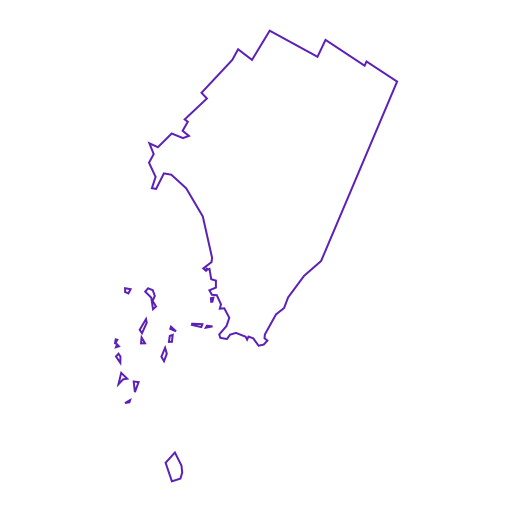 the district of Kien Luong, Kiên Giang, Vietnam
{"feature_id": "81297802B41363610148385", "entity_name": "Kien Luong", "entity_type": "district", "adm_level": 2, "iso_a3": "VNM", "parent_name": "Vietnam", "parent_adm1": "Kiên Giang", "projection": "robinson", "projection_center": [104.552, 10.196], "detail": "medium", "context": "isolated", "style": "outline", "palette": "violet", "viewbox_px": 512, "rotation_deg": 0, "n_neighbors": 0, "source": "geoboundaries", "source_scale": "gbopen_adm2", "svg_char_len": 1932}
<svg xmlns="http://www.w3.org/2000/svg" viewBox="0 0 512 512"><path d="M206.9,98.5L184.7,119.4L187.8,121.8L182.6,130.8L188.9,135.9L183.0,138.1L171.7,133.5L157.9,147.2L149.4,143.3L153.7,154.1L149.0,162.7L155.6,176.9L151.9,188.2L156.1,188.9L163.9,173.4L171.3,174.7L186.2,188.3L202.8,216.5L212.1,257.9L211.5,262.1L203.3,268.4L205.9,270.7L207.0,267.8L206.7,270.0L209.5,268.9L211.2,279.2L215.9,280.6L215.9,287.6L209.4,290.3L211.9,294.8L216.8,295.2L221.0,304.4L219.8,308.7L224.3,308.3L229.3,317.8L226.5,326.0L219.2,334.5L220.4,337.9L227.0,339.0L230.0,334.7L235.9,332.9L245.6,336.7L247.1,339.6L248.5,336.6L253.2,338.3L258.6,345.7L263.7,344.6L267.4,340.6L264.5,338.2L264.9,334.4L276.0,314.4L284.1,308.0L288.1,297.4L304.1,275.8L321.1,261.0L397.1,81.6L366.5,61.5L364.6,65.7L325.5,39.9L317.5,56.8L269.7,30.7L252.0,59.9L238.1,49.3L232.3,59.9L201.5,92.8L206.9,98.5ZM181.5,465.7L174.9,452.5L165.6,462.8L171.9,481.3L180.4,478.6L182.2,472.6L181.5,465.7ZM148.1,288.3L145.2,291.6L151.3,297.7L153.0,309.2L156.0,306.5L152.6,300.9L154.8,296.0L152.8,290.2L148.1,288.3ZM127.2,378.7L121.2,372.9L118.5,384.2L123.2,379.3L127.2,378.7ZM164.0,361.2L166.8,353.7L165.1,347.8L161.4,356.7L164.0,361.2ZM146.7,322.8L146.0,319.1L139.7,329.8L142.0,333.2L146.7,322.8ZM202.4,324.2L192.2,323.7L191.9,324.9L201.3,327.1L202.4,324.2ZM138.6,382.1L133.7,381.5L134.9,392.1L138.6,382.1ZM128.4,293.4L130.6,289.2L125.1,288.2L125.1,292.0L128.4,293.4ZM172.7,334.9L169.8,335.9L168.9,341.9L171.9,341.8L172.7,334.9ZM118.5,353.7L116.0,356.5L120.3,362.8L120.5,356.7L118.5,353.7ZM170.3,328.9L176.0,331.3L171.0,326.7L170.3,328.9ZM141.0,343.4L145.0,343.3L141.6,337.5L141.0,343.4ZM212.5,326.4L206.9,325.7L205.8,327.7L212.5,326.4ZM125.1,403.0L129.4,402.3L130.1,400.1L125.1,403.0ZM213.4,297.7L210.9,298.2L211.2,301.8L212.4,301.7L213.4,297.7ZM117.3,339.8L115.7,339.4L114.9,344.1L117.3,339.8ZM116.0,347.2L118.9,346.3L117.1,344.4L116.0,347.2Z" fill="none" stroke="#5b21b6" stroke-width="2"/></svg>